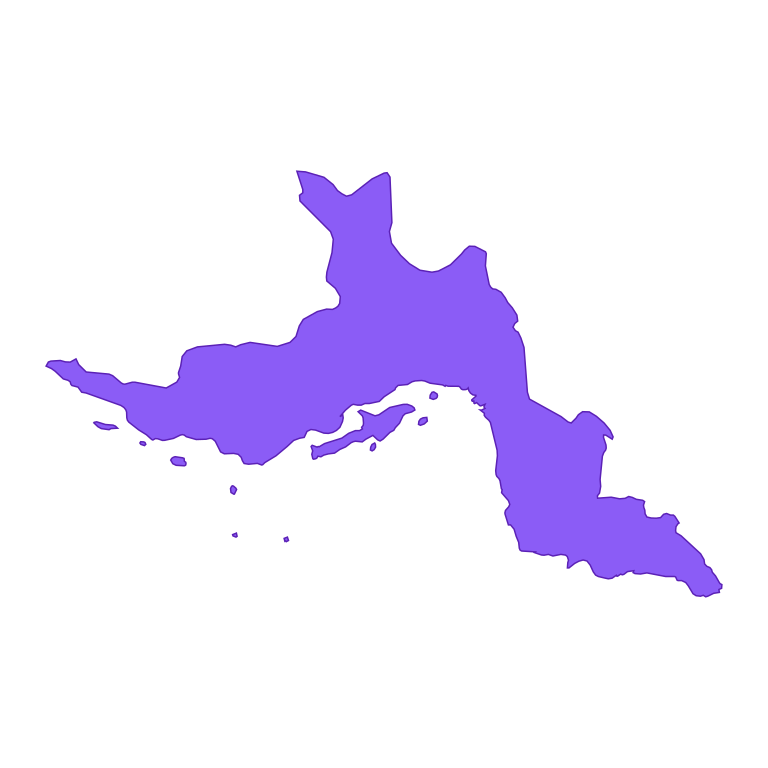 the Province of Hormozgan
{"feature_id": "IRN-3228", "entity_name": "Hormozgan", "entity_type": "Province", "adm_level": 1, "iso_a3": "IRN", "parent_name": "Iran", "parent_adm1": "", "projection": "robinson", "projection_center": [56.023, 27.172], "detail": "fine", "context": "isolated", "style": "filled", "palette": "violet", "viewbox_px": 768, "rotation_deg": 0, "n_neighbors": 0, "source": "natural_earth", "source_scale": "10m", "svg_char_len": 6119}
<svg xmlns="http://www.w3.org/2000/svg" viewBox="0 0 768 768"><path d="M719.4,592.4L713.7,593.3L707.8,596.2L705.7,596.8L703.3,595.3L700.5,596.2L696.1,595.7L693.0,593.7L688.2,585.7L685.7,582.5L681.7,580.6L678.1,580.6L677.1,580.2L675.6,576.9L674.4,576.5L665.6,576.5L646.9,572.9L640.5,574.0L635.0,573.6L633.1,572.6L633.8,570.7L627.5,571.6L623.8,574.4L622.2,574.8L620.7,574.1L617.6,576.2L616.7,576.1L616.3,575.3L612.1,578.2L608.3,578.8L605.0,578.1L598.3,576.5L595.6,575.1L593.3,571.9L590.2,565.1L587.0,561.0L583.1,560.0L578.9,561.2L574.7,563.4L569.0,567.9L567.4,567.9L567.8,562.6L568.5,560.2L567.3,556.5L565.6,555.1L560.9,554.4L552.9,556.0L548.4,554.4L544.1,555.2L541.5,555.0L534.5,552.6L535.3,551.9L521.6,551.0L520.1,550.1L519.3,548.2L518.7,542.4L516.2,536.3L514.1,529.2L510.6,524.9L508.4,524.9L505.1,514.3L504.9,512.9L505.5,510.4L508.7,506.8L509.8,504.4L508.4,500.6L501.6,492.7L502.1,489.5L501.4,488.8L500.0,480.7L498.9,478.5L496.9,476.5L496.1,474.6L495.7,470.7L497.4,455.8L497.1,450.2L490.4,422.5L488.9,420.3L485.5,417.2L484.2,415.3L484.4,413.3L480.2,410.0L481.6,410.1L485.0,408.4L484.2,407.5L484.0,406.4L485.0,404.3L480.8,405.9L479.9,405.7L476.6,402.6L474.6,403.6L474.0,403.2L473.8,401.0L472.5,401.3L471.8,400.7L471.8,399.8L475.9,396.2L475.9,395.3L472.9,394.9L470.5,393.1L468.8,390.6L468.2,387.9L467.0,389.2L465.7,389.6L462.9,389.7L461.4,389.1L459.7,386.8L458.7,386.3L448.1,386.2L445.8,385.4L445.1,386.3L442.6,384.9L430.1,383.2L424.7,381.0L421.6,380.5L415.2,380.9L412.0,381.8L407.5,384.5L398.1,385.4L395.6,387.8L395.0,389.6L384.2,396.7L379.3,401.4L369.4,403.5L364.9,403.5L361.3,405.1L357.5,405.1L353.2,404.3L351.3,405.2L345.4,410.2L339.9,416.6L342.8,415.0L343.2,417.9L342.5,421.5L339.9,427.3L336.5,430.4L332.7,432.4L328.4,433.4L323.8,433.1L315.6,430.1L310.9,429.5L307.0,431.4L304.2,437.4L299.7,438.2L293.7,440.4L287.0,446.6L276.0,455.8L264.8,462.6L262.7,464.7L261.7,465.0L257.4,463.4L248.6,464.2L244.1,463.5L242.4,460.7L241.2,457.3L238.2,454.3L233.6,453.4L224.3,453.8L220.6,451.9L215.3,441.3L212.3,438.7L210.1,438.3L206.1,439.2L196.2,439.5L186.3,436.7L184.3,435.1L182.4,434.6L180.3,435.1L173.5,438.4L164.7,440.3L162.4,440.4L157.8,438.8L155.3,438.6L152.9,440.0L151.7,439.5L146.4,434.7L138.7,429.9L128.8,422.1L127.4,420.2L126.8,417.8L126.6,412.1L125.8,409.8L124.0,407.5L120.8,405.4L86.1,393.0L81.7,392.2L78.0,387.1L71.9,385.5L70.9,384.3L70.1,381.7L68.0,380.3L63.3,378.9L55.1,371.2L51.5,368.6L46.1,366.1L48.4,362.0L50.9,361.1L60.3,360.5L65.4,361.9L70.2,362.1L76.0,358.9L78.7,364.6L86.2,372.0L109.0,374.1L112.7,375.7L121.3,383.0L123.0,383.9L124.8,384.2L132.3,382.2L134.9,382.2L166.2,388.0L176.8,382.1L179.6,377.4L178.5,373.9L178.5,372.6L180.7,366.0L182.2,356.5L186.8,350.8L197.4,346.9L224.6,344.3L230.8,345.2L235.7,346.9L240.7,344.7L250.1,342.4L277.3,346.4L290.0,342.4L296.0,336.5L299.3,325.9L303.3,319.4L317.3,311.6L326.6,309.1L332.5,309.4L335.6,308.0L337.9,306.3L339.7,303.4L340.3,296.6L335.4,288.3L326.8,281.0L326.4,277.1L326.9,272.1L332.0,252.6L333.3,239.2L330.6,231.7L300.0,201.0L299.5,195.3L302.8,192.8L302.8,189.5L296.9,171.2L305.6,171.9L324.0,177.3L333.1,184.6L337.5,190.6L341.9,193.8L346.5,196.2L351.7,194.8L372.1,178.9L384.1,173.1L387.1,172.7L390.0,177.1L391.9,222.6L389.4,231.5L391.5,243.2L400.6,255.3L409.4,263.7L419.9,270.2L432.0,272.2L438.5,271.0L450.5,264.8L461.5,254.0L464.7,250.0L469.3,246.2L474.9,246.4L485.5,251.8L486.3,253.7L485.4,265.9L489.2,284.5L490.7,287.1L492.7,288.9L495.9,289.3L501.2,292.3L505.2,297.8L507.7,302.5L512.3,307.8L516.9,315.1L517.7,321.1L514.8,323.5L513.0,327.2L515.4,330.7L518.1,332.2L520.9,338.0L524.0,347.4L527.4,392.2L529.5,399.1L561.1,416.6L568.1,422.0L571.2,423.0L576.0,418.2L578.4,414.7L582.6,411.7L589.3,411.9L596.4,416.3L604.1,423.0L610.1,430.3L613.1,436.9L612.2,439.2L605.8,435.1L603.6,435.0L603.5,437.4L606.0,445.0L606.2,448.1L605.6,450.1L603.8,452.5L602.4,456.2L600.1,479.5L600.7,486.4L599.5,493.1L597.4,495.8L597.6,498.2L611.2,497.2L619.6,498.8L625.2,498.3L628.7,496.5L632.3,497.4L636.3,499.3L642.7,500.3L644.6,501.6L643.5,505.1L643.8,507.4L644.8,510.1L645.1,513.8L646.9,517.0L651.1,518.0L656.2,518.2L660.6,517.6L663.6,514.3L666.6,513.5L670.6,515.1L673.4,515.1L674.9,516.4L679.1,523.0L677.9,523.8L676.0,526.7L675.6,530.5L676.0,532.7L681.1,535.8L700.6,553.8L704.0,559.6L704.6,563.9L706.8,566.3L709.9,567.6L711.6,569.7L712.3,572.2L715.5,575.9L719.2,582.4L720.0,583.6L721.9,584.6L721.6,588.3L718.9,589.5L719.4,592.4ZM407.2,404.3L411.8,406.0L414.1,407.8L414.9,410.0L411.6,412.0L405.3,413.7L403.0,415.8L399.5,423.2L395.3,427.7L393.8,430.3L389.9,432.4L383.1,439.1L380.1,441.0L377.7,439.9L372.9,435.4L366.0,439.1L362.2,441.9L355.4,441.2L353.3,441.7L351.1,442.7L345.6,446.9L339.9,449.4L334.6,453.1L328.3,453.9L323.8,455.1L320.9,456.8L317.9,456.2L316.9,458.0L315.8,458.7L313.6,459.2L312.8,458.7L311.8,454.3L312.7,450.9L311.1,446.5L312.2,445.3L317.1,447.1L318.2,446.5L319.1,446.8L324.5,443.6L341.9,438.1L348.7,433.3L355.4,430.6L359.6,430.6L362.4,428.9L361.6,427.3L363.2,425.4L363.5,423.2L363.1,417.8L362.3,415.8L358.1,411.7L360.7,410.1L375.0,415.8L378.9,414.8L389.7,407.5L403.2,404.4L407.2,404.3ZM184.4,465.8L176.1,465.3L172.8,463.7L170.7,460.1L171.7,458.4L173.3,457.3L175.1,456.7L182.6,457.8L184.1,458.4L184.4,461.3L185.8,462.3L186.0,463.8L185.6,465.2L184.4,465.8ZM110.9,428.6L109.1,429.7L101.3,428.6L97.9,426.7L93.8,422.8L94.2,422.3L96.7,421.8L105.4,424.5L113.0,425.1L115.4,426.1L117.6,428.2L110.9,428.6ZM418.5,424.4L418.9,421.3L420.4,419.1L423.0,417.8L426.8,417.4L427.3,421.1L424.3,423.9L420.4,425.3L418.5,424.4ZM433.8,391.9L437.1,394.0L437.5,395.7L437.1,397.3L436.1,398.4L433.2,399.4L429.9,398.1L430.2,395.1L432.0,392.3L433.8,391.9ZM233.5,486.1L235.8,488.1L236.6,489.5L234.4,494.1L233.9,494.2L231.0,492.5L230.5,488.6L231.6,486.3L232.5,485.8L233.5,486.1ZM374.7,443.0L375.4,444.3L375.6,447.1L374.2,449.6L372.1,450.9L370.4,450.0L370.7,447.2L372.0,444.5L374.7,443.0ZM143.8,441.9L145.0,442.5L145.8,444.3L144.5,445.6L140.9,444.4L139.9,443.0L140.7,441.7L143.8,441.9ZM287.4,537.1L288.5,540.5L286.2,541.7L285.2,540.7L284.8,541.1L284.1,538.4L287.4,537.1ZM236.4,533.1L237.1,536.3L236.0,537.1L233.0,535.9L232.6,534.6L236.4,533.1Z" fill="#8b5cf6" stroke="#5b21b6" stroke-width="1.5"/></svg>